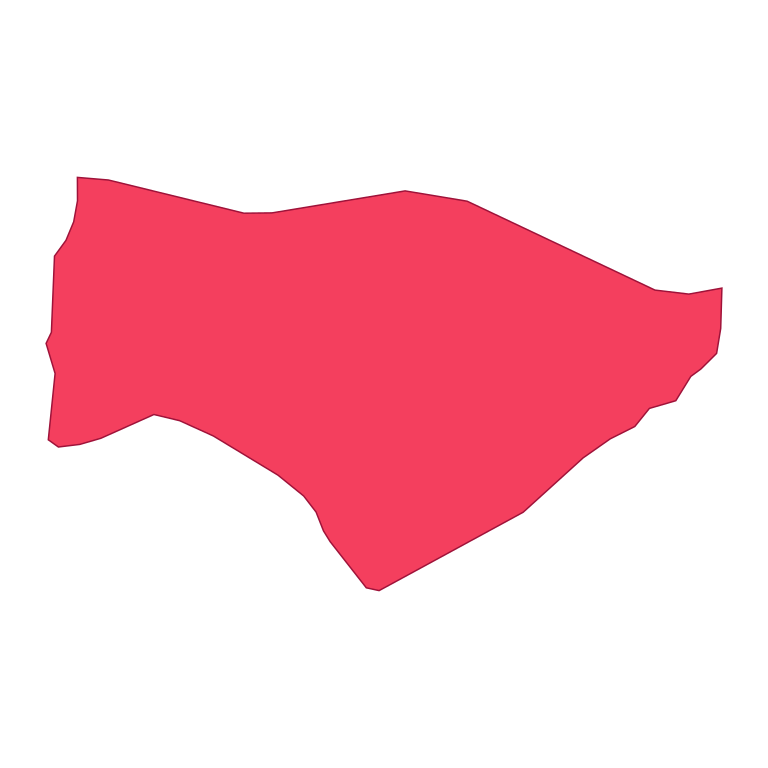 outline of Kranjska Gora
{"feature_id": "SVN-1014", "entity_name": "Kranjska Gora", "entity_type": "Municipality", "adm_level": 1, "iso_a3": "SVN", "parent_name": "Slovenia", "parent_adm1": "", "projection": "orthographic", "projection_center": [13.827, 46.45], "detail": "fine", "context": "isolated", "style": "filled", "palette": "rose", "viewbox_px": 768, "rotation_deg": 0, "n_neighbors": 0, "source": "natural_earth", "source_scale": "10m", "svg_char_len": 612}
<svg xmlns="http://www.w3.org/2000/svg" viewBox="0 0 768 768"><path d="M46.1,343.4L51.4,332.3L54.5,256.1L66.0,240.3L73.7,221.8L77.5,200.8L77.4,177.4L108.4,180.0L243.9,213.2L271.9,212.9L405.1,190.9L467.1,201.2L655.0,290.1L688.8,294.1L721.9,288.1L720.7,328.5L716.6,353.4L701.0,368.9L690.8,376.4L675.8,400.7L649.4,408.4L634.8,426.5L610.3,438.8L583.2,457.8L523.2,512.2L379.1,590.6L366.3,587.8L330.2,541.7L323.5,530.9L316.1,512.1L303.7,496.0L277.9,475.1L213.4,436.0L179.7,420.7L153.9,414.5L100.8,438.3L79.8,444.4L58.4,447.0L48.3,439.8L55.1,373.5L46.1,343.4Z" fill="#f43f5e" stroke="#9f1239" stroke-width="1.5"/></svg>